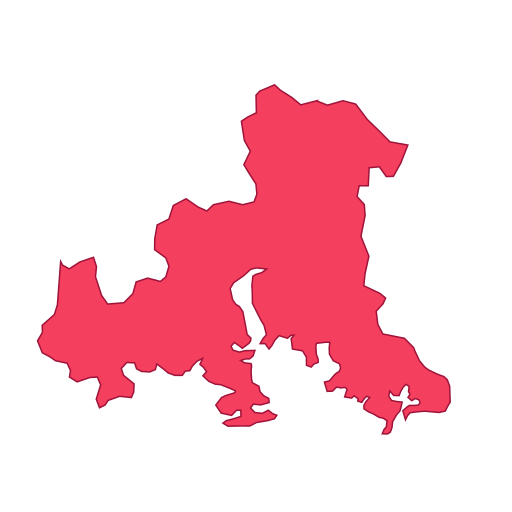 Changwon-si, South Gyeongsang, South Korea (Mercator projection), rotated 6°
{"feature_id": "91817680B26152541530210", "entity_name": "Changwon-si", "entity_type": "district", "adm_level": 2, "iso_a3": "KOR", "parent_name": "South Korea", "parent_adm1": "South Gyeongsang", "projection": "mercator", "projection_center": [128.624, 35.222], "detail": "fine", "context": "isolated", "style": "filled", "palette": "rose", "viewbox_px": 512, "rotation_deg": 6, "n_neighbors": 0, "source": "geoboundaries", "source_scale": "gbopen_adm2", "svg_char_len": 3907}
<svg xmlns="http://www.w3.org/2000/svg" viewBox="0 0 512 512"><g transform="rotate(6 256 256)"><path d="M300.5,95.1L284.7,101.0L275.3,94.7L262.8,88.5L256.6,83.8L242.5,91.6L239.2,96.1L241.4,113.5L233.4,118.5L227.4,123.5L232.4,142.4L239.4,152.4L234.4,166.4L240.4,174.4L248.4,184.4L250.4,194.4L248.4,202.4L237.4,206.4L223.4,204.4L208.4,209.4L202.4,216.4L193.4,213.4L180.5,206.4L168.5,214.4L165.5,228.4L154.5,235.4L153.5,249.4L154.5,260.3L166.5,267.3L170.5,275.3L168.5,286.3L163.5,291.3L150.5,289.3L139.5,294.3L137.5,306.3L129.5,316.3L113.5,319.3L106.5,311.3L98.5,293.3L98.5,283.3L94.5,274.3L81.5,280.3L71.6,288.3L64.6,285.3L62.3,281.9L63.6,325.3L61.6,335.3L50.6,347.3L51.6,354.3L47.6,363.2L53.6,374.6L61.8,377.9L67.5,381.1L79.4,382.4L83.5,389.3L83.1,395.9L91.3,399.9L103.5,394.2L110.9,393.0L115.0,400.4L112.1,415.1L115.7,422.2L116.2,423.3L121.5,420.0L124.0,415.1L135.0,409.8L146.9,409.8L148.6,404.0L148.1,395.9L136.7,388.5L133.8,381.9L138.7,375.4L146.5,375.0L149.0,380.7L154.3,382.8L162.5,382.4L167.8,379.5L168.6,373.8L175.6,377.9L180.9,381.5L187.8,383.2L195.2,382.4L197.7,377.9L202.2,377.0L204.2,372.1L208.3,366.8L213.6,363.5L211.6,369.7L215.3,372.1L218.9,376.2L215.7,380.7L222.2,385.6L228.8,387.7L234.5,387.7L244.3,390.5L249.6,392.2L249.2,394.2L240.6,397.9L236.5,400.4L231.6,408.5L237.8,415.9L248.4,417.1L252.9,411.4L257.0,411.0L257.8,417.1L251.3,420.0L243.5,422.9L240.6,425.7L245.9,428.2L259.5,426.5L267.6,425.7L273.8,421.6L285.2,418.4L291.4,415.9L293.4,412.2L288.9,411.0L284.4,408.1L278.7,411.8L271.3,411.8L266.4,407.7L268.9,403.6L276.2,403.6L284.4,400.4L283.6,396.3L278.3,394.2L274.2,390.5L272.5,385.2L265.6,382.4L264.4,378.7L263.1,370.9L263.1,365.6L262.3,363.5L255.8,363.5L251.7,361.5L256.6,359.4L260.3,359.0L263.5,355.8L264.8,350.0L255.0,351.3L249.6,353.3L243.1,352.1L240.6,348.4L243.5,344.3L249.6,347.6L252.1,349.2L258.2,343.5L259.5,341.0L259.5,338.2L255.4,334.9L252.5,325.1L250.0,316.9L248.8,312.8L244.7,307.9L241.0,306.2L237.4,302.1L233.7,291.1L236.5,285.0L245.9,276.8L249.2,273.1L252.1,269.8L257.4,267.8L268.0,267.8L263.5,271.9L257.8,274.3L255.0,276.4L255.0,286.2L255.8,290.3L257.4,303.4L264.4,314.4L267.6,319.3L271.3,324.2L274.6,333.2L271.7,337.3L269.3,342.7L274.2,342.2L278.7,347.2L281.1,343.5L283.6,337.7L287.3,332.8L295.9,334.5L299.1,331.2L302.0,330.8L299.6,334.5L302.0,344.7L307.3,345.1L312.2,345.5L316.7,351.3L317.6,359.4L322.5,360.7L324.9,357.4L329.0,355.3L328.6,352.1L326.2,347.2L324.9,339.0L325.3,336.5L334.3,334.5L338.4,334.1L338.4,339.8L339.3,345.9L341.3,348.8L343.8,352.1L350.3,354.5L351.9,358.6L350.7,362.3L348.3,363.9L346.2,366.4L342.1,372.5L337.2,374.2L340.9,383.2L346.2,382.4L349.9,377.9L354.0,378.3L358.5,377.4L360.5,379.1L358.9,386.9L365.9,387.3L368.3,384.8L372.4,387.3L372.4,389.7L376.5,390.5L378.1,387.3L380.6,384.0L383.9,384.8L380.6,389.3L378.9,393.4L379.4,396.7L383.9,399.1L389.2,400.8L395.3,403.6L399.4,404.0L403.5,406.1L403.5,412.2L401.5,415.1L400.2,419.6L405.5,419.2L408.0,417.1L409.2,412.2L409.2,406.5L412.5,399.1L415.4,395.0L416.2,389.7L416.6,386.0L411.3,386.0L406.0,385.6L402.7,381.5L403.1,376.2L407.6,380.3L412.9,379.9L414.1,375.4L416.2,370.9L418.6,368.0L421.9,369.7L421.9,375.0L423.6,377.4L421.9,380.7L426.0,383.6L429.3,381.1L433.0,381.9L434.6,384.8L433.0,387.3L428.9,388.1L424.4,388.5L422.3,390.1L418.2,394.6L421.8,403.3L423.3,399.1L425.6,395.8L430.9,394.5L439.8,392.7L447.1,392.6L454.4,392.5L460.5,390.4L462.1,385.9L464.4,381.0L462.2,365.2L459.2,359.1L455.5,356.3L448.2,354.4L439.6,351.3L435.5,348.9L429.7,343.3L424.2,334.3L423.5,332.9L422.2,330.5L412.2,322.3L390.3,320.3L384.3,311.3L381.3,298.3L387.3,290.3L389.3,284.3L383.3,280.3L366.3,274.3L366.3,262.3L368.3,244.4L358.3,225.4L360.3,204.4L358.3,193.4L350.3,186.4L351.3,175.4L360.3,174.4L359.3,156.4L369.3,154.4L377.3,163.4L384.3,162.4L390.3,148.4L395.4,129.8L377.3,128.5L366.3,119.5L352.3,108.5L339.3,94.5L326.3,92.5L311.3,98.5L300.3,95.5L300.5,95.1Z" fill="#f43f5e" stroke="#9f1239" stroke-width="1.5"/></g></svg>